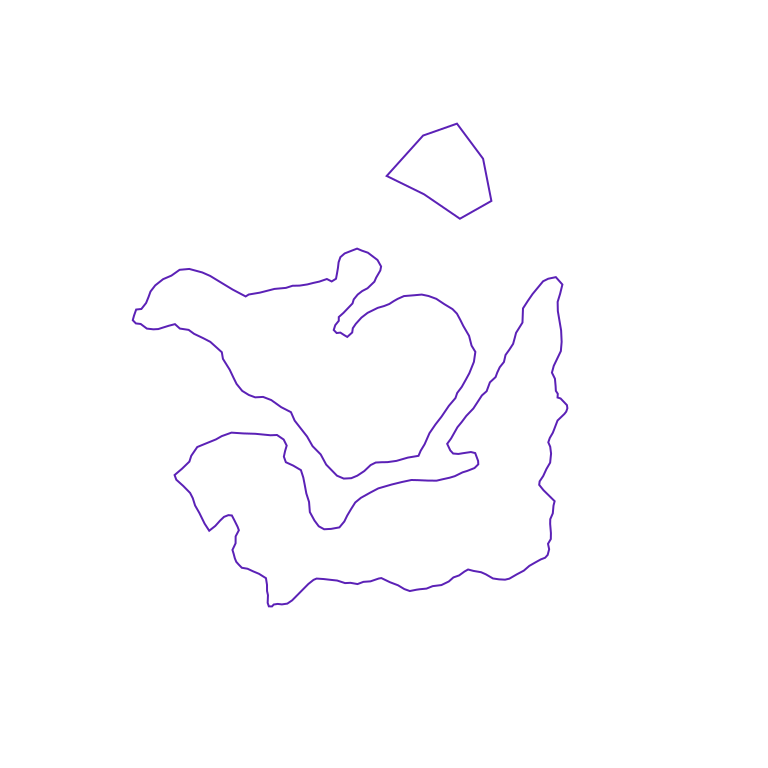 outline of Värmdö, Stockholm, Sweden, rotated 312°
{"feature_id": "70781695B62142289931887", "entity_name": "Värmdö", "entity_type": "district", "adm_level": 2, "iso_a3": "SWE", "parent_name": "Sweden", "parent_adm1": "Stockholm", "projection": "mercator", "projection_center": [18.505, 59.313], "detail": "fine", "context": "isolated", "style": "outline", "palette": "violet", "viewbox_px": 768, "rotation_deg": 312, "n_neighbors": 0, "source": "geoboundaries", "source_scale": "gbopen_adm2", "svg_char_len": 4344}
<svg xmlns="http://www.w3.org/2000/svg" viewBox="0 0 768 768"><g transform="rotate(312 384 384)"><path d="M158.0,352.3L165.6,353.6L172.9,353.6L178.2,354.0L182.4,356.1L184.5,358.9L182.4,364.5L179.9,370.8L178.2,374.0L171.5,375.7L166.3,380.3L159.3,382.4L157.2,385.9L154.7,389.7L153.0,393.2L152.6,396.7L152.3,401.3L155.4,406.2L157.2,412.1L159.3,418.1L160.7,426.2L156.5,431.4L151.9,435.6L149.4,439.1L143.5,444.0L141.7,447.2L143.8,449.6L146.3,449.6L149.4,452.1L151.9,455.6L156.1,459.1L161.7,460.5L184.8,461.6L191.3,462.7L194.3,464.1L198.7,469.7L203.2,476.0L206.6,480.7L210.0,488.3L213.8,492.1L217.6,498.2L223.2,501.1L228.3,506.0L236.0,510.3L238.0,511.9L240.7,521.1L243.8,529.1L245.2,536.3L247.4,541.7L253.0,545.9L255.5,548.0L260.4,552.5L266.3,555.4L273.0,561.2L280.6,564.3L286.7,565.0L292.0,567.9L298.5,569.3L302.4,570.6L305.0,575.6L309.1,582.1L310.7,587.0L312.4,595.1L315.8,600.2L319.6,604.9L323.2,607.4L331.5,610.1L338.9,612.8L346.1,613.7L352.8,615.9L358.6,617.9L362.7,620.0L366.5,620.0L371.7,617.3L375.0,612.8L380.4,611.7L384.9,607.8L391.2,601.1L394.8,598.0L400.8,596.0L407.1,591.3L411.1,589.2L411.8,573.5L412.9,566.8L415.8,564.8L422.1,563.9L429.5,561.6L436.7,560.1L444.1,554.7L448.6,549.5L450.6,545.1L454.9,543.3L460.7,542.1L464.7,540.6L468.3,539.2L473.0,537.4L482.4,538.1L485.4,537.9L488.7,536.5L490.7,534.1L491.4,524.9L490.1,522.0L493.0,519.7L493.9,516.3L497.2,513.0L502.3,507.5L504.8,501.2L511.1,498.0L526.8,493.4L534.2,487.8L542.3,479.8L554.5,464.4L561.2,458.1L568.9,454.5L577.3,450.0L578.4,440.2L572.1,435.6L566.8,433.5L550.3,434.2L541.9,435.3L533.2,436.7L522.3,445.8L510.4,447.9L505.8,450.3L500.2,453.1L493.2,454.2L486.9,454.9L480.6,458.4L473.9,458.8L468.3,460.5L463.8,462.3L456.1,461.6L447.3,465.1L441.0,464.4L425.6,466.8L415.4,466.5L407.7,467.2L401.0,467.5L388.4,470.3L381.8,471.0L379.0,477.7L378.6,481.9L381.8,486.1L385.3,488.9L391.6,494.1L393.7,498.0L389.8,505.4L387.4,507.8L382.1,507.5L375.1,504.0L370.9,501.5L362.9,498.3L358.3,495.5L352.0,491.0L347.4,487.8L341.8,481.5L335.2,473.5L331.0,468.6L323.3,463.0L314.5,457.0L302.6,449.6L294.2,446.5L284.0,443.0L276.7,441.9L268.6,443.3L261.6,444.7L255.3,446.5L247.6,446.8L240.9,441.6L236.0,436.7L234.6,430.7L236.0,423.7L239.2,414.6L246.2,407.2L250.7,399.5L256.3,392.2L260.5,386.6L264.4,379.9L262.6,371.1L260.2,363.4L263.0,358.2L267.9,355.4L273.1,352.9L275.6,346.6L274.5,338.6L270.0,334.0L260.9,321.7L253.2,312.6L245.8,303.2L236.7,298.3L230.4,296.2L219.5,290.9L212.2,287.4L201.7,288.8L196.1,291.3L185.9,290.6L176.2,289.3L173.9,293.7L173.9,303.0L173.3,312.8L171.2,318.3L167.3,324.9L164.6,333.1L160.2,344.1L158.0,352.3ZM322.3,153.5L314.1,149.7L304.2,148.0L296.5,148.6L291.1,150.8L285.0,153.0L277.4,153.5L273.5,150.0L267.5,152.5L263.3,154.6L263.0,159.1L265.8,163.0L266.5,170.7L270.3,176.0L273.8,179.5L277.4,181.6L283.3,185.1L288.6,188.6L288.6,195.2L293.5,202.6L294.2,209.3L297.0,218.7L299.1,226.8L299.1,242.2L294.9,247.5L291.4,259.7L287.9,268.1L285.4,274.4L284.0,283.2L285.4,290.9L287.9,297.2L293.5,302.8L296.6,310.9L298.0,323.1L300.8,333.7L297.0,342.1L293.5,362.0L290.0,372.5L289.3,384.1L285.4,395.0L284.4,410.4L286.8,417.4L292.1,422.7L298.0,425.5L306.1,427.6L314.8,428.3L320.1,430.4L324.3,434.6L328.2,438.8L335.2,444.7L345.3,451.0L353.7,457.7L359.0,455.9L366.4,454.5L377.9,450.7L388.4,449.3L398.2,448.6L411.2,446.8L421.4,446.5L426.3,444.4L434.0,443.7L442.0,441.9L449.1,440.2L460.6,436.0L469.0,430.4L471.1,423.4L476.7,415.0L480.2,404.1L482.7,397.8L485.1,391.1L485.5,384.8L483.7,375.4L482.3,365.9L479.2,358.2L475.7,352.2L470.1,347.0L462.7,340.0L456.4,337.2L452.2,335.8L447.0,334.4L442.0,331.9L436.4,328.4L425.9,324.2L418.2,322.8L409.8,322.8L404.6,323.5L401.0,325.9L394.4,325.2L393.7,321.7L393.0,317.2L390.2,314.7L390.5,310.5L395.1,308.4L400.7,308.1L403.5,305.6L409.8,306.3L422.8,306.7L426.6,304.9L432.9,304.6L438.5,305.6L444.1,307.7L453.6,308.4L457.8,307.0L465.9,305.3L469.4,303.2L471.8,296.2L470.8,284.2L468.3,278.3L466.6,273.4L461.7,270.9L454.7,267.4L449.1,266.7L444.1,268.8L439.6,272.0L434.7,275.1L430.1,277.9L425.2,276.5L423.8,271.3L416.8,267.4L411.9,263.9L406.7,260.4L400.7,255.5L395.8,250.3L389.8,246.8L381.4,239.0L368.8,230.6L360.0,223.6L356.5,222.6L352.9,208.3L350.7,196.8L348.0,182.5L345.3,174.3L339.2,162.3L332.1,155.7L322.3,153.5ZM617.7,306.9L626.3,264.0L594.8,246.8L540.4,246.8L551.8,286.9L557.6,329.8L591.9,341.3L617.7,306.9Z" fill="none" stroke="#5b21b6" stroke-width="2"/></g></svg>